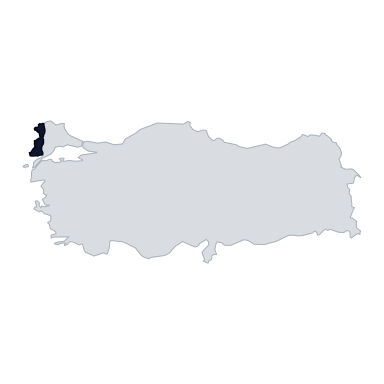 where Edirne sits in Turkey
{"feature_id": "TUR-2240", "entity_name": "Edirne", "entity_type": "Province", "adm_level": 1, "iso_a3": "TUR", "parent_name": "Turkey", "parent_adm1": "", "projection": "mercator", "projection_center": [26.457, 41.291], "detail": "fine", "context": "in_parent", "style": "filled", "palette": "ink", "viewbox_px": 384, "rotation_deg": 0, "n_neighbors": 0, "source": "natural_earth", "source_scale": "10m", "svg_char_len": 5385}
<svg xmlns="http://www.w3.org/2000/svg" viewBox="0 0 384 384"><path d="M302.6,134.5L308.1,136.5L309.9,135.0L315.0,135.2L319.5,136.3L322.0,133.0L325.1,133.4L325.7,135.1L327.2,135.7L331.9,139.9L331.4,140.4L332.5,142.0L336.5,143.0L336.9,145.1L340.0,148.3L341.6,153.2L340.7,156.6L338.9,158.7L341.4,166.0L340.6,166.9L345.5,169.3L351.6,168.9L353.6,169.9L359.5,175.7L361.0,177.9L356.9,175.2L354.6,177.5L353.4,183.1L346.9,184.1L347.9,187.8L349.7,189.4L349.1,192.8L349.6,194.2L351.3,196.4L351.1,199.5L351.8,202.7L351.8,206.6L354.5,207.8L353.3,209.6L350.3,217.3L350.5,218.0L352.5,218.1L356.9,221.7L356.2,222.9L356.7,227.9L360.6,231.1L359.9,232.7L360.0,234.4L357.2,233.6L351.5,238.0L350.9,237.9L350.1,236.4L349.9,232.0L348.6,230.8L346.8,230.6L343.7,232.6L340.8,232.5L338.0,232.1L330.5,229.4L327.8,230.3L324.9,229.3L319.3,234.7L317.6,235.1L316.8,232.4L314.8,230.9L312.3,233.0L302.7,235.5L298.3,236.0L292.9,235.1L288.4,235.4L276.2,241.4L264.6,244.5L254.2,244.3L248.5,240.6L244.0,239.7L230.7,245.4L224.2,245.2L222.0,242.8L217.0,241.9L215.9,244.1L214.8,249.5L216.6,254.4L213.8,254.6L212.0,255.7L211.5,259.4L208.9,260.8L208.1,263.1L207.6,263.1L203.5,261.3L204.6,259.5L202.0,252.7L203.3,250.6L208.7,245.0L208.5,241.8L206.2,239.5L199.4,243.6L198.8,245.2L197.2,246.4L194.6,246.9L182.5,241.6L175.4,246.2L169.3,253.0L164.7,255.5L151.2,257.4L148.8,258.7L144.2,257.3L141.4,255.5L135.2,247.8L123.3,241.9L110.8,240.5L109.7,242.0L109.3,248.0L107.3,253.6L106.3,254.2L103.6,252.8L94.0,256.0L85.8,252.4L84.4,250.8L82.5,244.3L81.3,243.8L80.0,244.7L78.6,244.7L72.7,241.8L69.5,241.7L67.6,244.4L64.5,245.6L64.4,244.8L65.7,243.0L60.7,243.3L58.1,244.7L54.5,243.9L54.8,243.1L57.7,242.2L64.3,241.2L68.5,236.9L52.7,237.1L51.2,238.0L50.9,235.8L51.8,234.7L56.0,233.9L55.7,232.0L53.2,230.0L50.4,228.9L49.1,224.1L47.7,222.9L47.9,222.2L50.5,221.4L51.0,217.9L50.6,215.7L45.5,213.9L44.4,214.0L43.1,212.2L40.9,210.8L39.2,211.9L34.0,209.0L34.9,207.0L36.2,207.0L36.5,205.4L35.5,202.6L35.6,201.2L36.7,200.8L37.9,201.1L39.2,202.7L39.4,205.9L40.8,207.7L41.7,205.9L44.1,206.9L48.3,205.9L49.1,205.1L46.0,205.2L44.9,204.4L42.4,199.3L44.9,197.8L46.8,195.3L43.3,193.6L43.9,190.1L40.9,186.1L45.0,180.9L44.8,180.2L43.5,179.9L30.9,182.1L30.7,179.7L31.6,177.7L31.5,172.8L32.1,170.1L34.4,169.3L37.3,165.3L41.9,160.6L46.7,160.7L48.7,159.4L51.6,159.3L52.4,161.2L54.9,162.5L59.4,162.3L61.5,161.0L59.4,158.7L62.0,158.0L64.0,158.5L62.9,161.1L63.5,161.3L69.3,160.5L75.3,161.2L82.0,160.8L82.8,160.0L78.1,157.5L81.1,155.3L82.8,154.8L96.7,152.8L96.8,152.2L88.3,151.1L83.8,148.1L82.6,146.5L83.5,142.5L84.4,141.5L87.5,141.3L98.0,143.1L105.6,142.0L113.8,144.7L121.6,144.1L123.2,142.9L125.2,139.1L136.3,132.8L140.2,129.5L157.4,123.0L183.3,124.1L187.8,121.6L190.4,122.4L189.7,124.1L189.9,125.7L193.0,129.5L197.6,131.7L203.9,129.9L206.3,130.6L208.5,136.6L212.5,140.2L214.4,140.5L216.8,138.4L219.1,138.1L222.9,140.2L224.2,142.3L236.5,144.8L239.1,146.6L247.4,148.4L265.8,144.1L272.6,147.0L278.2,148.0L280.6,147.5L288.1,144.1L290.4,142.2L295.1,140.5L300.9,136.7L302.6,134.5ZM64.4,123.8L64.0,126.5L65.1,129.5L67.7,133.6L70.3,135.7L82.8,141.3L81.1,146.4L77.9,147.2L67.2,144.8L62.9,146.9L59.7,146.3L55.3,147.3L54.1,150.4L51.1,153.9L42.5,158.3L34.7,167.0L32.5,168.1L33.5,165.2L33.4,162.6L36.8,159.6L41.6,157.3L42.9,155.3L30.7,155.7L29.6,153.0L30.8,152.5L34.7,147.7L35.1,145.8L34.7,141.0L39.5,138.3L39.9,137.2L39.1,132.5L34.5,129.8L34.7,128.5L37.9,127.2L39.7,123.9L44.5,123.3L46.7,121.7L50.8,120.9L56.0,125.0L62.0,123.4L64.4,123.8ZM28.4,166.7L24.3,167.4L23.0,166.7L24.3,165.3L27.4,164.4L28.5,165.7L28.4,166.7Z" fill="#d9dde1" stroke="#a8b0b8" stroke-width="1"/><path d="M43.3,123.9L43.5,123.8L43.7,123.7L44.1,126.4L44.7,128.7L44.9,131.0L44.5,133.2L43.8,134.3L43.5,136.0L42.7,137.8L43.2,138.9L43.4,139.3L43.5,142.6L43.2,144.0L42.4,145.1L41.8,146.5L41.5,148.2L41.6,150.1L42.3,151.5L42.8,153.0L42.7,154.5L41.5,154.8L41.1,155.0L40.8,155.0L39.6,155.0L39.2,155.2L37.8,156.0L37.3,155.7L37.0,155.6L36.7,155.5L36.2,155.8L35.9,155.9L35.5,155.6L35.2,155.7L34.2,155.9L31.0,155.9L30.5,155.8L30.2,155.7L30.1,155.3L30.0,154.9L29.8,154.6L30.0,154.2L29.9,153.7L29.7,153.2L29.5,152.8L29.7,152.7L30.3,152.8L30.9,152.5L31.3,152.1L31.4,151.5L31.7,151.0L32.6,150.2L32.5,149.9L32.6,149.7L32.8,149.4L32.9,149.2L33.0,149.2L33.0,149.3L33.2,149.2L33.3,149.0L33.5,148.5L33.9,148.8L34.0,148.8L34.2,148.6L34.1,148.4L34.3,148.1L34.8,147.9L35.0,147.7L35.2,147.4L34.8,147.1L34.8,146.9L34.8,146.7L35.0,146.6L35.4,146.5L35.5,146.2L35.5,145.9L35.0,145.7L34.9,145.4L34.6,144.9L34.6,144.6L34.9,144.0L34.7,143.9L34.5,143.6L34.8,143.1L34.6,142.7L34.5,142.2L34.6,141.8L34.8,141.3L34.5,140.9L34.7,140.7L35.9,140.6L36.2,140.4L36.6,140.0L37.1,139.7L37.3,139.5L37.3,139.4L37.5,139.4L38.4,138.4L38.6,138.6L38.9,138.8L39.3,138.9L39.6,138.9L39.9,138.7L40.0,138.3L40.1,137.8L40.1,137.3L40.0,136.8L39.8,135.6L39.7,134.8L39.6,134.4L39.4,134.0L39.5,133.8L39.4,133.2L39.5,132.9L39.4,132.8L39.4,132.6L39.4,132.4L39.1,132.8L38.9,132.6L38.1,132.2L37.1,131.4L37.2,131.1L37.3,130.8L37.0,130.7L36.7,130.5L36.0,130.4L35.5,129.9L35.2,129.8L34.8,129.9L34.6,129.6L34.5,129.1L34.5,128.6L34.8,128.1L35.5,127.4L37.3,127.5L38.2,127.2L38.4,126.9L38.5,126.5L38.6,126.1L38.6,125.9L38.7,125.7L38.7,125.4L38.8,125.3L38.7,125.2L38.5,124.8L38.6,124.7L38.8,124.6L39.3,124.1L39.6,123.8L39.9,123.8L41.5,124.1L41.9,124.0L42.1,123.9L42.4,123.5L42.7,123.5L42.8,123.6L43.1,123.8L43.3,123.9Z" fill="#0f172a" stroke="#020617" stroke-width="1.5"/></svg>